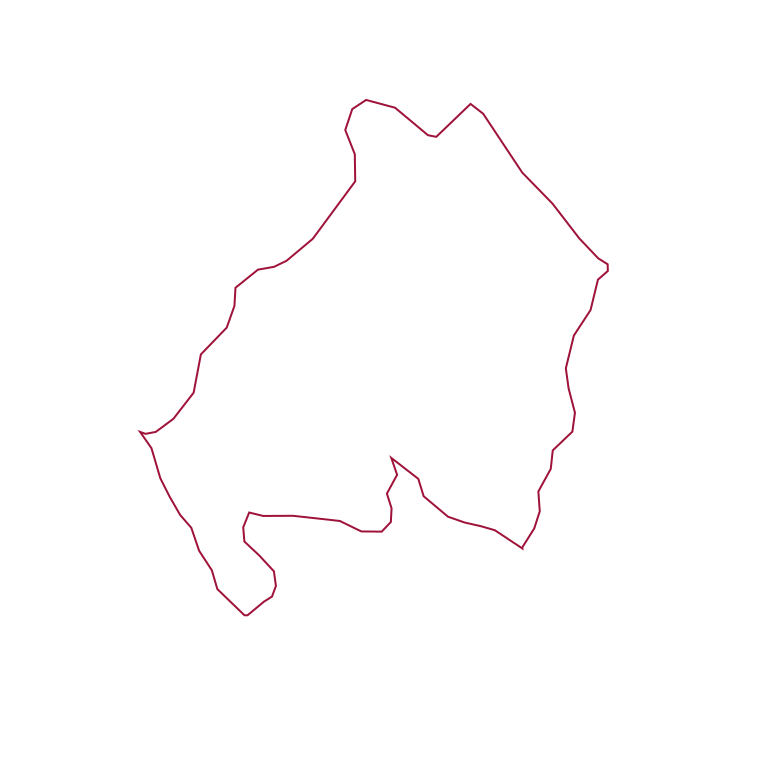 the district of Hällefors, Orebro, Sweden, rotated 44°
{"feature_id": "70781695B86731793095106", "entity_name": "Hällefors", "entity_type": "district", "adm_level": 2, "iso_a3": "SWE", "parent_name": "Sweden", "parent_adm1": "Orebro", "projection": "natural_earth1", "projection_center": [14.675, 59.769], "detail": "fine", "context": "isolated", "style": "outline", "palette": "rose", "viewbox_px": 768, "rotation_deg": 44, "n_neighbors": 0, "source": "geoboundaries", "source_scale": "gbopen_adm2", "svg_char_len": 1137}
<svg xmlns="http://www.w3.org/2000/svg" viewBox="0 0 768 768"><g transform="rotate(44 384 384)"><path d="M251.7,122.4L249.9,169.9L242.8,174.5L200.0,177.6L173.8,192.1L170.2,208.3L179.7,228.2L203.4,239.0L222.5,258.2L231.9,329.0L228.3,363.0L223.5,376.1L213.9,389.3L210.3,417.9L222.2,431.8L231.7,452.7L231.7,489.9L253.1,522.5L256.2,550.9L256.7,555.2L253.1,577.0L247.1,585.5L241.8,587.9L261.3,591.7L288.6,607.2L307.9,613.9L328.3,619.8L345.3,621.3L366.9,632.4L389.6,637.6L406.6,647.3L444.3,647.3L446.5,645.1L448.8,624.1L451.1,614.7L446.5,604.3L434.9,595.2L413.0,594.0L393.0,594.3L382.3,584.9L376.3,570.1L388.8,562.8L410.0,542.1L428.2,528.0L447.4,513.2L470.1,505.8L484.9,491.8L484.8,478.5L475.8,468.2L462.2,460.8L456.5,440.2L440.6,432.1L474.6,428.4L490.5,437.2L522.2,435.0L538.1,427.7L552.8,418.8L565.3,412.2L597.8,406.2L597.0,405.6L592.4,383.5L586.5,371.5L584.5,367.4L569.7,354.1L562.9,329.2L551.5,314.5L552.6,287.4L541.3,272.0L519.8,258.9L503.9,246.4L486.9,217.2L481.2,187.3L465.4,160.3L466.5,147.2L461.7,142.5L450.8,144.8L423.3,143.6L379.9,137.2L336.6,135.9L267.6,120.7L251.7,122.4Z" fill="none" stroke="#9f1239" stroke-width="2"/></g></svg>